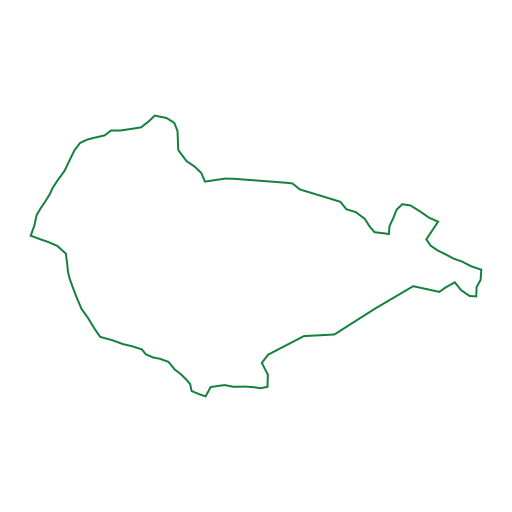 the district of Conceição da Feira, Bahia, Brazil
{"feature_id": "56859067B19812474900576", "entity_name": "Conceição da Feira", "entity_type": "district", "adm_level": 2, "iso_a3": "BRA", "parent_name": "Brazil", "parent_adm1": "Bahia", "projection": "mercator", "projection_center": [-38.993, -12.504], "detail": "fine", "context": "isolated", "style": "outline", "palette": "green", "viewbox_px": 512, "rotation_deg": 0, "n_neighbors": 0, "source": "geoboundaries", "source_scale": "gbopen_adm2", "svg_char_len": 1445}
<svg xmlns="http://www.w3.org/2000/svg" viewBox="0 0 512 512"><path d="M30.7,235.7L40.6,239.4L47.8,241.8L57.4,246.0L65.8,253.6L67.1,262.8L67.9,271.3L69.8,279.2L75.8,295.4L81.4,308.7L88.2,318.3L95.5,330.2L100.2,336.9L112.3,340.2L122.6,344.0L132.6,346.4L141.8,349.4L145.7,354.2L153.1,357.5L159.7,358.7L168.5,361.9L174.9,369.7L180.5,373.9L185.9,379.2L190.1,384.0L191.6,391.0L198.6,394.0L205.6,396.4L210.6,387.1L218.3,385.9L224.7,385.1L233.4,386.8L245.1,386.6L253.8,387.2L260.4,388.2L267.5,386.8L267.8,374.5L261.8,362.9L268.2,354.6L303.9,336.1L334.4,334.5L353.8,322.1L374.9,308.7L387.8,301.1L413.2,286.2L439.3,291.9L446.1,287.1L454.8,282.3L461.2,290.3L469.6,296.0L476.2,296.4L476.6,287.1L480.6,279.9L481.3,269.7L471.2,266.3L461.9,261.5L453.8,258.7L445.8,254.5L437.7,250.5L430.7,245.7L426.3,239.4L438.1,221.7L429.4,217.9L420.0,211.4L410.6,205.5L402.3,204.2L396.6,209.7L393.2,218.2L389.5,226.1L388.9,234.0L381.4,233.0L374.5,232.2L369.8,226.7L364.8,218.9L355.8,212.1L346.4,209.3L340.4,201.8L309.0,192.2L300.0,189.5L292.3,183.4L284.2,182.6L234.3,178.8L225.0,178.6L205.0,181.6L201.3,173.0L194.9,166.8L186.5,161.1L178.3,150.1L177.5,130.9L174.2,122.8L166.5,118.0L154.7,115.6L149.3,120.9L141.0,127.4L129.3,129.2L120.3,130.5L111.0,130.5L104.6,135.4L94.5,137.7L86.9,139.7L80.1,142.9L74.4,150.4L69.4,160.7L64.5,170.9L57.4,180.6L52.5,188.2L49.7,194.3L45.3,201.4L41.0,207.7L36.6,215.1L34.4,225.4L30.7,235.7Z" fill="none" stroke="#15803d" stroke-width="2"/></svg>